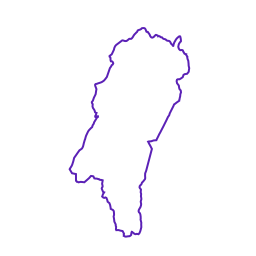 Kota Sawah Lunto, Sumatera Barat, Indonesia (Equal Earth projection), rotated 19°
{"feature_id": "22746128B93370341632229", "entity_name": "Kota Sawah Lunto", "entity_type": "district", "adm_level": 2, "iso_a3": "IDN", "parent_name": "Indonesia", "parent_adm1": "Sumatera Barat", "projection": "equal_earth", "projection_center": [100.756, -0.661], "detail": "fine", "context": "isolated", "style": "outline", "palette": "violet", "viewbox_px": 256, "rotation_deg": 19, "n_neighbors": 0, "source": "geoboundaries", "source_scale": "gbopen_adm2", "svg_char_len": 5512}
<svg xmlns="http://www.w3.org/2000/svg" viewBox="0 0 256 256"><g transform="rotate(19 128 128)"><path d="M156.2,38.4L156.2,38.5L155.7,38.1L154.8,37.1L154.7,36.9L154.4,36.7L153.5,36.7L152.8,37.1L152.5,37.2L152.1,37.4L151.4,37.2L150.7,36.8L150.2,36.4L149.8,35.9L149.3,35.2L149.2,35.0L149.1,34.9L149.0,34.2L148.9,33.5L148.8,33.1L148.8,32.3L148.8,31.8L148.8,31.6L149.1,30.7L149.1,30.4L149.2,30.2L149.3,29.8L149.6,29.3L149.8,29.0L149.8,28.7L149.7,28.4L149.4,27.6L149.1,27.1L148.9,26.6L148.7,26.3L148.4,25.7L147.9,25.0L147.6,24.5L147.4,24.4L146.9,24.5L146.6,24.7L146.2,25.2L145.8,25.9L145.3,26.8L145.1,27.2L144.7,28.2L144.6,28.6L144.3,29.8L144.3,30.3L144.1,30.9L144.0,31.5L143.9,32.3L143.9,33.6L143.9,34.3L144.0,34.9L144.1,35.4L144.1,35.6L143.9,35.7L142.5,34.8L141.8,34.5L141.3,34.3L140.7,33.7L140.4,33.3L140.0,33.0L139.3,32.5L138.8,32.4L138.4,32.3L138.0,32.4L137.1,32.6L136.3,32.6L136.0,32.6L135.7,32.5L135.2,32.2L134.7,32.0L134.2,32.0L133.8,32.0L133.2,32.1L132.6,32.1L132.0,32.0L131.5,31.8L131.2,31.6L130.9,31.4L130.4,31.2L129.8,31.4L129.3,31.5L129.2,31.5L129.1,31.4L128.7,31.2L128.3,31.0L127.6,31.0L127.4,31.1L127.1,31.2L126.9,31.3L126.9,31.2L126.6,31.2L126.2,31.0L125.9,30.9L125.2,30.9L124.4,30.8L123.9,31.0L123.3,32.1L123.2,32.3L123.2,32.5L122.9,33.0L122.8,33.3L122.6,33.6L122.5,33.8L122.2,34.1L121.7,34.5L121.4,34.7L121.1,34.7L120.7,34.7L120.3,34.6L120.1,34.5L119.7,34.3L119.4,34.1L119.0,33.7L118.7,33.4L118.5,33.1L118.1,32.7L117.8,32.5L117.5,32.2L117.2,31.9L115.9,31.2L115.6,30.8L115.4,30.7L115.2,30.7L114.4,31.0L114.2,31.0L113.9,30.8L113.7,30.5L113.4,30.1L113.2,29.9L113.0,29.6L112.6,29.2L112.3,28.9L112.1,28.7L111.6,28.4L111.3,28.3L110.9,28.3L110.6,28.3L110.0,28.5L109.7,28.6L108.9,29.0L108.5,29.3L108.4,29.5L108.3,30.0L107.7,30.7L107.5,30.9L107.4,31.0L106.4,31.7L106.3,31.8L106.1,32.0L105.7,32.3L105.4,32.7L105.4,33.4L105.3,33.9L105.2,34.4L104.9,34.8L104.7,35.2L104.6,35.4L104.4,35.9L104.2,36.4L103.9,36.9L103.6,37.6L103.5,37.8L103.4,38.4L103.2,38.8L103.1,40.0L102.8,40.7L102.7,41.3L102.5,41.8L102.1,42.5L101.7,42.8L101.3,42.9L101.2,42.9L100.6,43.1L100.2,43.3L99.9,43.7L99.8,43.8L99.5,44.4L99.1,45.0L98.7,45.7L98.4,45.9L98.2,46.2L97.4,46.6L96.9,46.7L96.6,46.8L95.9,46.8L95.6,46.8L95.2,46.8L94.5,46.9L94.2,47.0L93.9,47.2L93.8,47.3L93.1,48.4L91.1,51.4L89.8,53.3L89.2,54.8L89.0,56.8L89.2,58.5L89.0,60.4L88.8,62.2L88.6,63.7L87.8,64.8L87.1,66.0L87.4,66.6L88.3,67.0L88.6,67.5L89.4,69.5L90.1,70.5L91.2,70.2L92.1,70.6L93.0,71.6L92.9,72.9L92.1,74.0L92.0,75.3L91.4,77.2L91.4,80.4L91.4,84.1L91.4,86.6L90.7,88.8L89.9,90.9L88.7,92.6L87.6,93.7L86.3,94.7L85.3,95.4L84.4,96.2L83.1,97.0L82.8,97.6L83.2,98.7L85.5,101.5L85.8,103.4L86.2,105.5L86.4,106.6L85.9,110.5L85.9,111.0L85.9,113.6L85.4,115.1L85.4,115.4L85.8,116.1L86.9,117.0L87.0,117.7L87.3,118.5L87.4,119.1L88.3,120.4L90.0,121.7L90.7,122.3L91.7,123.8L92.5,124.1L93.3,124.0L93.4,125.5L93.3,126.6L93.1,127.5L93.6,128.2L94.1,128.1L94.9,127.1L95.7,126.7L96.0,127.2L95.1,128.4L95.2,128.6L94.1,133.7L94.2,135.1L93.7,137.0L93.8,138.8L93.0,140.2L91.9,142.6L91.4,144.2L90.9,148.8L90.9,150.1L91.1,152.9L91.0,153.3L91.2,157.2L91.3,157.8L91.5,160.2L91.2,162.3L90.2,163.8L89.4,164.8L88.7,167.1L86.8,173.8L87.1,177.1L87.2,180.8L87.0,182.5L86.3,185.4L86.4,185.5L86.3,186.0L89.8,189.0L93.8,188.5L96.0,194.8L96.4,194.9L96.5,195.0L97.2,195.5L97.8,195.3L98.8,195.5L100.9,194.3L104.4,193.5L107.5,188.1L108.6,185.4L110.0,185.1L111.0,185.0L112.6,186.6L113.7,186.4L115.1,186.0L116.1,186.0L117.2,185.8L117.6,186.1L118.5,186.1L119.6,185.8L120.5,185.7L121.1,185.7L121.7,189.3L122.5,190.4L123.1,191.8L122.8,193.0L122.9,193.9L125.3,196.6L126.4,196.6L125.9,198.7L125.9,201.2L127.3,201.8L128.3,201.8L129.3,201.0L130.3,201.1L131.9,202.9L132.7,204.3L134.9,205.1L136.2,206.7L137.5,209.0L138.0,210.1L140.4,210.4L141.6,211.2L142.5,213.1L143.1,214.7L143.2,216.3L144.5,218.7L145.6,221.0L147.7,223.1L148.3,224.6L148.8,225.0L149.1,225.9L149.6,227.8L150.2,228.4L152.2,227.6L154.3,227.5L156.4,227.2L158.6,229.2L158.5,229.8L158.8,230.2L158.9,230.3L159.1,231.4L160.0,231.4L160.6,231.6L161.8,231.2L162.9,230.6L163.7,230.2L164.7,229.8L165.4,228.9L165.8,228.0L165.5,226.8L165.3,225.4L165.4,224.9L165.8,224.9L166.6,225.3L167.5,225.5L168.2,225.9L169.3,226.0L170.0,225.8L170.8,225.2L172.5,225.0L173.0,223.9L173.2,221.8L173.1,219.9L172.9,217.5L171.9,214.9L171.4,213.2L170.6,211.9L169.7,210.5L169.5,209.5L168.7,207.4L167.8,205.7L167.0,204.7L165.8,204.1L165.2,203.4L164.9,202.3L165.1,200.7L165.5,198.9L165.5,197.1L165.2,195.6L164.0,193.5L163.8,191.0L163.4,190.0L162.4,188.2L162.1,186.8L161.8,185.9L160.9,184.6L160.6,183.3L160.3,182.0L160.0,181.7L158.8,181.0L158.2,180.3L158.0,179.1L158.4,177.9L158.8,177.4L159.0,176.6L159.0,175.1L159.7,173.7L160.1,172.6L160.4,171.7L160.7,170.8L160.6,169.8L160.2,168.8L159.7,167.6L159.0,165.3L159.1,162.6L157.4,140.0L154.5,137.2L153.0,135.9L151.9,134.8L151.7,134.6L151.5,134.4L151.8,134.2L152.1,133.9L152.6,133.7L154.1,133.1L156.3,131.4L158.8,130.3L158.9,128.8L159.2,126.7L159.6,123.4L159.9,121.9L160.3,119.1L160.9,115.1L161.8,108.2L162.2,104.5L162.8,102.6L162.7,100.6L163.2,96.8L163.8,92.5L163.9,90.8L164.0,90.5L164.4,90.1L165.9,87.8L167.6,85.5L167.3,84.7L167.4,84.3L167.2,83.2L167.0,81.0L166.5,79.0L166.5,77.0L165.6,75.3L164.1,74.5L163.3,73.4L162.2,71.3L159.8,69.7L158.7,67.8L158.6,66.4L159.4,65.6L160.8,65.2L162.0,63.8L163.2,62.1L163.2,59.7L164.0,58.7L166.2,57.5L166.7,56.2L167.1,55.0L166.9,54.2L166.4,51.5L165.1,49.4L164.3,47.4L163.1,44.8L161.8,43.3L160.8,41.5L160.9,41.3L160.8,41.2L159.0,39.8L159.0,39.3L157.4,39.4L156.2,38.4Z" fill="none" stroke="#5b21b6" stroke-width="2"/></g></svg>